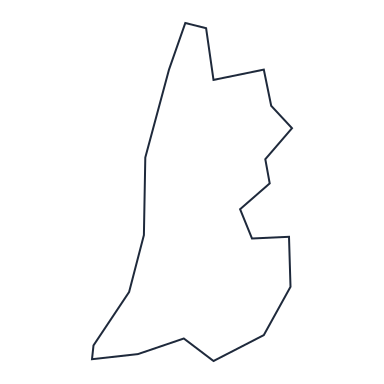 the border of Lobatse
{"feature_id": "BWA-5503", "entity_name": "Lobatse", "entity_type": "Town", "adm_level": 1, "iso_a3": "BWA", "parent_name": "Botswana", "parent_adm1": "", "projection": "robinson", "projection_center": [25.686, -25.205], "detail": "fine", "context": "isolated", "style": "outline", "palette": "slate", "viewbox_px": 384, "rotation_deg": 0, "n_neighbors": 0, "source": "natural_earth", "source_scale": "10m", "svg_char_len": 395}
<svg xmlns="http://www.w3.org/2000/svg" viewBox="0 0 384 384"><path d="M185.3,23.0L206.1,28.2L213.5,79.9L263.8,69.6L271.2,105.8L292.0,128.2L265.3,159.2L269.7,183.4L240.1,209.2L252.0,238.5L289.0,236.8L290.5,286.8L263.8,335.1L213.5,361.0L183.8,338.5L137.9,354.1L92.0,359.2L93.5,345.4L129.1,292.0L143.9,235.1L145.3,157.5L169.0,69.6L185.3,23.0Z" fill="none" stroke="#1e293b" stroke-width="2"/></svg>